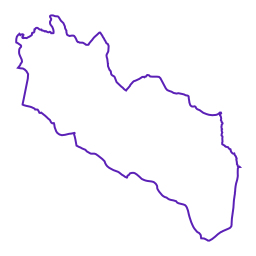 the district of Dairi, Sumatera Utara, Indonesia
{"feature_id": "22746128B7455670127099", "entity_name": "Dairi", "entity_type": "district", "adm_level": 2, "iso_a3": "IDN", "parent_name": "Indonesia", "parent_adm1": "Sumatera Utara", "projection": "robinson", "projection_center": [98.276, 2.835], "detail": "fine", "context": "isolated", "style": "outline", "palette": "violet", "viewbox_px": 256, "rotation_deg": 0, "n_neighbors": 0, "source": "geoboundaries", "source_scale": "gbopen_adm2", "svg_char_len": 5630}
<svg xmlns="http://www.w3.org/2000/svg" viewBox="0 0 256 256"><path d="M18.0,67.8L20.5,68.3L22.9,68.5L23.8,69.0L24.4,69.4L25.0,69.7L25.3,70.2L26.3,71.0L28.1,74.1L27.8,78.6L23.6,99.5L22.7,103.7L22.6,104.6L23.6,105.1L26.0,105.8L30.1,106.7L31.6,107.2L34.1,108.4L34.6,108.7L35.1,109.5L36.9,109.5L37.7,109.7L38.5,110.9L39.3,112.6L39.4,112.8L40.2,113.0L41.2,112.6L42.3,113.5L42.5,113.6L43.3,114.3L45.0,115.6L47.4,117.8L47.7,118.2L49.9,120.0L50.9,122.0L51.3,122.6L52.3,123.3L53.8,123.1L54.2,124.2L54.7,127.3L56.2,131.3L57.2,132.8L58.6,133.9L59.5,134.5L61.9,135.2L65.1,134.8L69.2,133.8L71.3,133.6L74.4,132.9L74.6,133.1L74.3,133.5L74.1,134.5L74.7,136.4L75.4,139.5L76.5,145.6L79.1,147.0L80.3,147.4L82.2,148.5L85.4,149.8L86.8,151.4L90.1,153.3L90.8,153.6L91.4,153.7L94.5,153.7L95.8,154.1L98.0,155.6L102.3,159.0L104.6,161.3L105.1,162.9L106.1,164.8L107.3,166.3L108.3,167.1L109.3,167.9L113.4,170.1L118.0,171.8L119.0,172.4L122.0,174.8L123.6,175.7L125.0,176.8L126.9,177.6L127.1,177.4L127.5,175.8L128.1,175.3L128.7,175.1L130.1,173.3L131.9,172.9L133.9,172.9L134.8,173.2L136.7,174.4L139.4,176.7L141.7,178.9L142.1,179.1L144.1,180.0L145.5,180.5L147.2,180.9L151.7,181.5L153.6,182.0L154.3,182.5L155.8,183.8L156.4,184.7L157.0,185.8L157.2,186.7L157.2,188.0L157.6,189.2L159.1,191.6L162.2,195.3L163.2,196.1L164.7,197.0L166.6,197.6L167.7,198.5L169.2,199.4L170.8,199.9L173.4,200.4L176.1,201.2L177.0,202.4L177.6,202.8L178.7,203.3L183.5,204.5L185.0,205.1L185.9,206.0L186.8,207.4L188.0,210.7L188.8,214.3L189.5,216.9L191.2,222.1L192.3,224.7L193.4,227.0L194.4,228.6L196.7,231.4L197.4,232.1L199.1,233.0L200.4,234.5L200.8,235.4L200.9,236.7L201.2,238.3L204.1,238.5L206.6,239.7L208.0,240.6L209.4,240.6L212.2,239.0L215.1,236.7L217.9,234.2L220.8,232.1L221.5,231.9L222.6,231.2L228.8,228.5L230.2,227.7L231.3,226.3L231.6,224.6L231.6,223.3L231.9,218.6L233.4,207.8L233.9,200.5L234.6,195.5L234.9,193.8L234.9,192.5L235.1,191.6L235.3,188.6L235.6,186.2L236.1,183.5L237.2,179.7L237.7,176.9L237.8,175.9L237.7,172.6L237.8,168.7L238.4,167.1L239.8,167.0L239.4,166.6L238.3,166.6L237.9,166.4L237.7,165.9L237.6,165.1L236.9,164.1L237.0,163.3L236.8,162.7L236.9,162.1L236.6,161.0L236.3,159.4L236.3,159.2L236.7,158.8L236.6,158.4L236.5,158.0L236.2,157.7L236.0,156.8L235.8,156.6L235.7,156.2L234.8,155.1L234.6,154.5L234.3,154.2L234.4,153.8L234.3,153.5L233.8,153.7L232.8,153.5L232.4,153.2L231.9,152.7L231.5,152.3L231.3,151.9L231.0,151.5L231.0,151.2L230.6,150.6L230.7,150.0L230.4,149.2L229.8,149.1L229.1,148.7L228.0,147.2L227.3,147.1L226.7,146.9L225.7,146.7L224.9,146.1L224.8,145.7L222.3,144.3L222.2,143.9L222.2,142.4L222.5,141.8L222.5,141.4L222.3,138.7L222.5,136.8L222.3,136.2L221.7,135.7L221.5,135.4L221.8,133.6L222.3,132.5L221.8,131.4L221.8,130.8L221.6,130.1L221.6,129.8L222.1,129.1L221.5,128.0L221.4,126.6L221.6,126.2L221.7,124.7L222.5,123.7L222.6,123.2L222.2,122.6L221.7,122.2L221.6,121.3L220.9,120.3L220.9,119.9L221.2,118.9L221.0,117.2L220.6,116.1L220.0,115.3L220.0,115.0L220.3,114.8L220.6,113.5L221.1,113.2L220.9,112.6L220.0,112.5L218.1,114.1L217.2,114.5L216.0,114.9L212.4,115.2L209.0,114.8L206.6,114.1L203.3,112.8L199.7,110.2L197.5,109.3L196.9,108.9L196.1,108.1L195.8,107.2L194.9,106.4L194.5,106.3L193.8,106.5L192.0,106.5L190.9,105.8L190.4,105.3L189.8,103.8L189.3,102.1L189.3,101.5L188.8,98.6L188.6,96.4L188.3,96.0L187.6,95.6L185.7,95.3L184.2,94.5L182.3,94.0L178.9,93.3L178.2,93.2L176.9,93.5L176.2,93.5L173.5,92.9L172.4,92.2L171.5,91.7L169.4,91.0L167.3,90.1L166.3,89.0L165.7,88.2L160.4,78.2L159.0,76.9L157.2,76.7L152.8,76.7L150.2,76.5L149.0,75.3L147.6,75.0L147.1,75.1L145.9,76.6L145.1,76.6L144.5,77.3L144.2,77.2L143.5,76.9L142.6,76.9L142.2,77.0L139.3,78.9L135.4,80.7L134.0,81.1L133.2,81.7L130.7,84.5L130.4,84.8L130.0,85.8L128.1,88.1L127.1,89.1L126.1,90.5L124.8,89.7L123.6,88.7L122.9,87.8L121.3,86.6L116.8,82.3L116.5,81.9L114.7,77.2L114.2,76.5L113.6,76.1L112.3,75.4L111.4,74.5L111.0,73.1L110.8,71.4L110.5,70.9L110.0,70.5L109.9,70.1L109.5,69.9L108.0,66.1L107.9,64.0L108.0,63.5L107.8,63.3L107.3,59.0L106.7,57.0L106.5,55.4L106.7,54.5L108.0,52.0L108.3,51.2L108.6,46.9L108.6,45.9L107.9,44.2L107.7,43.9L106.7,43.4L106.3,43.0L105.3,40.9L104.6,39.9L103.9,38.4L102.9,37.0L102.3,35.7L100.2,32.6L99.4,32.6L98.9,33.0L97.0,34.8L95.4,36.2L94.0,37.5L92.5,39.4L92.2,39.9L91.1,41.1L89.1,43.5L88.7,44.5L88.2,44.8L86.3,44.8L85.7,44.6L84.8,43.8L82.8,42.7L79.6,42.6L78.5,42.0L78.0,42.1L77.5,41.7L76.8,40.8L76.3,39.4L75.2,37.3L74.1,35.9L73.3,35.6L71.8,35.6L70.0,35.9L69.7,36.0L68.1,35.4L67.0,34.6L66.4,32.2L66.4,30.6L65.6,29.3L65.0,27.8L64.9,26.5L63.4,23.1L60.9,20.7L58.7,17.2L58.1,16.6L57.7,16.4L55.1,16.2L53.0,15.4L51.1,15.4L50.4,15.7L50.0,16.2L50.1,17.0L51.2,18.9L51.1,19.2L51.1,19.8L50.1,21.5L50.0,22.5L50.0,23.0L50.4,24.5L52.3,27.0L53.0,28.7L53.4,30.0L53.6,31.8L53.5,33.0L53.2,33.2L51.2,33.2L50.6,32.2L49.9,31.8L49.6,31.8L49.0,32.2L48.3,32.3L47.5,32.1L45.8,31.1L45.5,31.2L45.0,31.5L44.4,31.2L44.1,30.9L41.8,30.4L41.6,30.1L41.5,29.6L41.3,29.5L40.3,29.7L40.0,29.6L39.2,29.2L37.7,28.0L37.0,27.8L36.3,27.9L35.7,28.2L34.8,29.7L34.5,29.9L34.4,29.8L34.3,30.1L34.4,31.3L34.3,31.8L33.6,32.6L32.9,32.7L32.3,32.8L32.0,33.2L31.9,34.8L31.5,35.3L30.1,36.2L29.6,36.6L28.2,37.2L26.7,38.1L24.9,37.9L23.9,38.0L23.4,37.5L23.1,37.6L22.9,38.0L22.6,37.9L22.3,37.4L22.3,37.0L22.9,36.5L22.8,36.2L23.0,35.2L23.1,34.9L23.3,34.8L22.8,34.3L22.4,34.6L21.4,34.4L20.9,34.5L20.3,35.1L19.7,34.6L19.7,34.2L19.4,33.9L19.1,34.5L18.7,34.5L18.2,34.9L16.9,36.6L16.3,39.0L16.2,41.9L16.3,42.5L17.5,43.0L20.4,45.0L20.9,45.4L21.1,45.9L21.1,46.4L21.0,46.9L20.0,48.0L19.3,49.2L19.1,51.2L19.1,52.7L19.2,53.6L19.5,54.6L20.2,56.3L21.7,59.6L22.0,61.5L21.7,62.4L20.7,63.7L20.3,64.8L19.8,65.6L18.0,67.8Z" fill="none" stroke="#5b21b6" stroke-width="2"/></svg>